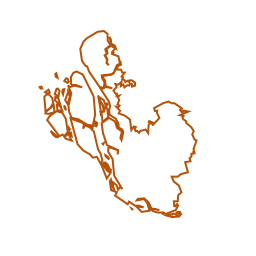 outline of Patuakhali, Barisal, Bangladesh, rotated 128°
{"feature_id": "16705992B49808088196813", "entity_name": "Patuakhali", "entity_type": "district", "adm_level": 2, "iso_a3": "BGD", "parent_name": "Bangladesh", "parent_adm1": "Barisal", "projection": "orthographic", "projection_center": [90.354, 22.181], "detail": "fine", "context": "isolated", "style": "outline", "palette": "amber", "viewbox_px": 256, "rotation_deg": 128, "n_neighbors": 0, "source": "geoboundaries", "source_scale": "gbopen_adm2", "svg_char_len": 6006}
<svg xmlns="http://www.w3.org/2000/svg" viewBox="0 0 256 256"><g transform="rotate(128 128 128)"><path d="M79.7,175.5L82.1,173.3L85.1,174.9L93.9,172.9L96.7,174.2L103.1,180.4L104.8,175.1L108.8,171.4L106.3,164.8L109.5,171.1L111.8,171.5L113.9,173.8L119.1,158.9L121.7,155.6L125.5,153.9L128.9,150.6L128.2,143.4L130.5,138.1L133.3,135.7L132.8,131.8L133.9,129.3L141.5,125.7L140.5,127.9L134.5,130.6L134.7,136.8L130.9,142.3L131.7,149.1L140.5,151.7L147.5,144.5L154.4,134.0L151.5,122.1L155.2,119.8L151.8,122.4L154.2,129.7L155.7,131.3L158.9,129.0L162.0,121.0L174.1,109.5L179.6,94.9L179.3,98.0L182.8,97.8L180.1,101.7L180.0,106.5L183.8,103.1L186.1,99.0L185.5,97.3L189.2,96.5L188.3,81.3L185.4,81.9L184.9,74.7L182.6,71.8L180.9,66.8L184.7,73.3L185.7,65.6L179.9,60.1L175.3,66.7L174.3,70.4L174.4,71.8L179.6,76.5L177.9,76.6L173.5,72.0L173.9,66.1L177.2,59.6L175.2,57.2L173.5,52.6L175.7,57.6L177.5,59.2L178.2,57.4L176.2,52.2L173.1,48.6L172.3,46.7L174.1,49.0L174.3,47.7L171.4,44.6L163.2,39.9L158.2,40.8L157.7,42.5L160.8,42.7L161.0,43.6L157.5,46.7L155.1,43.7L150.0,47.1L145.8,46.3L142.0,52.6L142.0,59.0L139.4,63.6L135.7,58.8L131.9,58.0L126.0,53.5L119.8,61.9L115.7,58.3L114.0,60.8L111.3,60.5L109.3,62.2L108.0,60.7L106.8,61.6L106.5,60.4L104.1,63.5L95.7,66.3L96.1,68.5L93.5,73.4L90.0,74.3L88.4,78.7L88.2,85.3L86.9,86.3L87.1,89.7L86.3,91.5L84.3,91.7L85.9,95.0L77.9,90.6L80.5,95.5L81.7,94.7L82.4,95.6L81.7,98.2L79.4,97.7L79.9,106.8L81.6,108.7L82.3,112.4L86.5,115.4L96.3,119.7L98.0,117.2L96.4,115.7L98.3,114.5L100.8,109.4L110.2,110.3L109.8,112.7L108.6,112.4L109.5,115.6L110.5,115.3L109.9,113.6L113.0,113.6L119.6,109.0L118.4,113.2L122.9,116.6L125.0,116.3L124.7,119.2L125.8,120.1L124.3,122.3L122.5,122.4L123.2,124.4L127.6,124.1L120.1,131.7L120.2,138.0L122.2,144.3L119.4,144.8L118.5,150.1L117.7,148.3L115.5,148.5L116.1,150.7L111.5,152.1L109.8,155.0L107.8,154.8L110.0,156.6L107.8,157.8L108.7,158.9L107.3,162.6L102.6,162.2L101.1,165.0L99.6,162.1L95.5,161.7L99.3,159.4L96.6,158.6L98.2,155.8L94.9,155.0L93.7,153.1L92.4,153.7L91.0,152.1L92.9,150.3L90.3,148.6L87.9,150.3L88.1,154.4L89.6,156.2L91.0,155.2L91.1,157.4L93.4,158.4L92.4,160.1L93.1,162.6L91.0,163.0L91.4,164.7L86.4,164.7L87.8,166.8L86.3,169.4L89.1,173.2L85.1,174.0L82.5,172.5L79.7,175.5ZM107.5,193.5L113.2,175.4L111.1,171.8L106.4,174.7L104.5,179.5L102.6,181.0L95.9,174.2L93.1,173.4L85.4,175.4L82.2,174.0L77.4,179.7L79.5,186.1L78.0,187.3L73.2,187.0L73.6,191.9L79.7,193.8L79.9,192.3L81.8,190.1L84.9,190.6L86.5,186.5L89.5,185.0L90.4,181.8L90.1,184.9L87.1,186.6L85.1,191.2L82.5,190.3L80.0,194.4L73.4,192.8L71.8,197.6L66.4,202.2L66.4,206.7L70.9,211.2L82.1,215.5L87.1,216.3L95.1,214.3L103.4,205.6L105.2,199.8L104.6,198.1L107.5,193.5ZM151.7,172.5L150.5,162.1L147.8,157.2L137.7,162.1L124.3,174.5L113.7,196.6L115.1,203.2L118.0,205.0L122.9,204.4L128.3,200.0L128.6,198.6L126.3,195.7L124.1,189.1L127.6,196.2L132.2,199.5L130.8,201.3L131.8,200.8L135.5,194.1L147.4,188.4L151.6,184.2L154.7,178.8L151.7,172.5ZM173.2,127.1L169.2,128.4L165.1,133.8L163.2,138.5L151.8,152.7L151.0,158.3L152.4,163.7L156.2,163.0L152.5,164.8L151.7,166.5L155.9,179.1L171.8,157.8L173.3,149.5L172.2,141.7L173.0,137.4L169.9,134.7L173.2,127.1ZM173.6,173.3L168.4,172.9L159.2,182.4L156.4,189.0L158.7,194.6L167.2,197.1L171.5,196.6L176.7,177.1L173.5,175.6L173.6,173.3ZM165.8,203.1L159.7,201.6L154.6,202.3L151.0,206.0L150.2,211.2L152.3,213.0L155.0,213.1L165.8,203.1ZM133.5,157.0L139.0,151.8L131.5,150.3L126.1,155.7L120.9,164.6L121.4,169.0L123.3,167.3L126.8,158.3L129.8,157.0L132.0,158.8L133.5,157.0ZM180.9,113.6L173.9,114.2L174.6,117.3L173.4,122.1L171.5,125.7L173.5,126.1L180.9,113.6ZM167.3,202.0L165.9,199.4L160.8,195.7L155.8,200.5L165.3,202.5L167.3,202.0ZM120.7,171.7L131.8,159.4L129.6,157.4L126.1,161.4L123.6,167.7L120.7,171.7ZM137.4,197.0L144.6,194.8L146.4,190.1L138.5,193.5L137.4,197.0ZM172.6,164.5L169.3,171.3L174.2,172.7L174.8,170.6L172.6,164.5ZM170.9,38.3L169.4,38.5L170.8,38.1L167.1,34.2L166.0,34.6L167.4,39.3L173.2,43.6L170.9,38.3ZM141.1,208.4L146.3,206.6L146.0,202.2L140.9,204.8L140.1,207.5L141.1,208.4ZM153.5,198.3L157.5,194.5L155.0,190.3L152.5,194.7L153.5,198.3ZM148.3,204.4L151.2,202.5L151.6,195.3L147.6,201.0L148.3,204.4ZM181.1,109.6L187.4,103.0L186.1,99.4L183.8,104.0L179.1,109.8L181.1,109.6ZM169.9,125.4L173.1,121.2L173.5,114.6L171.6,115.6L171.9,117.7L171.1,121.5L169.1,124.4L169.9,125.4ZM129.6,203.3L126.9,203.3L127.9,203.5L126.4,205.9L127.0,207.4L130.2,207.1L129.6,203.3ZM178.5,178.0L178.2,180.4L177.9,187.2L179.5,182.7L179.5,178.9L178.5,178.0ZM150.8,215.4L150.2,212.4L148.3,211.4L146.8,214.2L150.8,215.4ZM137.8,203.0L140.4,201.8L141.5,199.8L136.7,202.2L137.8,203.0ZM163.3,129.1L164.1,128.2L164.3,123.4L163.1,125.9L163.3,129.1ZM135.2,198.2L137.2,196.3L137.5,194.4L135.3,195.6L135.2,198.2ZM167.3,171.1L169.0,169.6L169.0,167.5L166.7,170.1L167.3,171.1ZM169.3,122.9L170.9,121.5L171.6,117.0L169.4,121.5L169.3,122.9ZM162.2,35.2L163.5,37.0L165.2,38.4L162.9,33.8L162.2,35.2ZM130.1,218.6L132.0,216.6L131.8,214.4L129.0,218.2L130.1,218.6ZM150.2,222.8L150.7,221.2L149.7,219.9L148.7,221.7L150.2,222.8ZM71.8,193.0L72.6,191.7L72.7,186.7L71.2,189.1L71.8,193.0ZM151.7,162.3L150.4,159.2L150.5,154.8L149.7,158.0L151.7,162.3ZM144.7,156.7L146.5,155.2L146.1,154.0L144.6,154.5L144.7,156.7ZM149.7,192.2L151.6,189.7L152.1,187.8L150.0,190.7L149.7,192.2ZM131.4,139.5L132.9,138.7L133.0,137.0L131.5,137.6L131.4,139.5ZM178.0,60.8L178.1,58.3L176.4,62.3L178.0,60.8ZM126.6,160.2L128.0,159.2L128.7,157.8L127.0,158.3L126.6,160.2ZM67.5,198.7L69.8,196.1L71.4,193.6L69.0,195.8L67.5,198.7ZM131.7,160.7L132.5,159.4L135.2,156.1L133.2,157.4L131.7,160.7ZM122.3,160.4L122.8,157.8L121.5,159.5L122.3,160.4ZM164.8,33.2L165.6,34.4L167.0,34.0L166.4,33.2L164.8,33.2ZM143.1,157.1L143.9,156.1L143.7,155.1L143.0,155.4L143.1,157.1ZM154.6,137.8L156.1,138.3L156.2,137.5L154.6,137.8ZM164.3,174.4L165.6,173.4L165.8,172.9L164.7,173.1L164.3,174.4ZM76.7,186.0L78.8,186.0L79.1,185.6L78.4,184.5L78.7,185.4L76.7,186.0ZM189.5,73.7L189.1,75.3L189.2,75.7L189.6,74.5L189.5,73.7ZM148.2,157.0L148.6,156.6L148.4,156.5L148.2,157.0Z" fill="none" stroke="#b45309" stroke-width="2"/></g></svg>